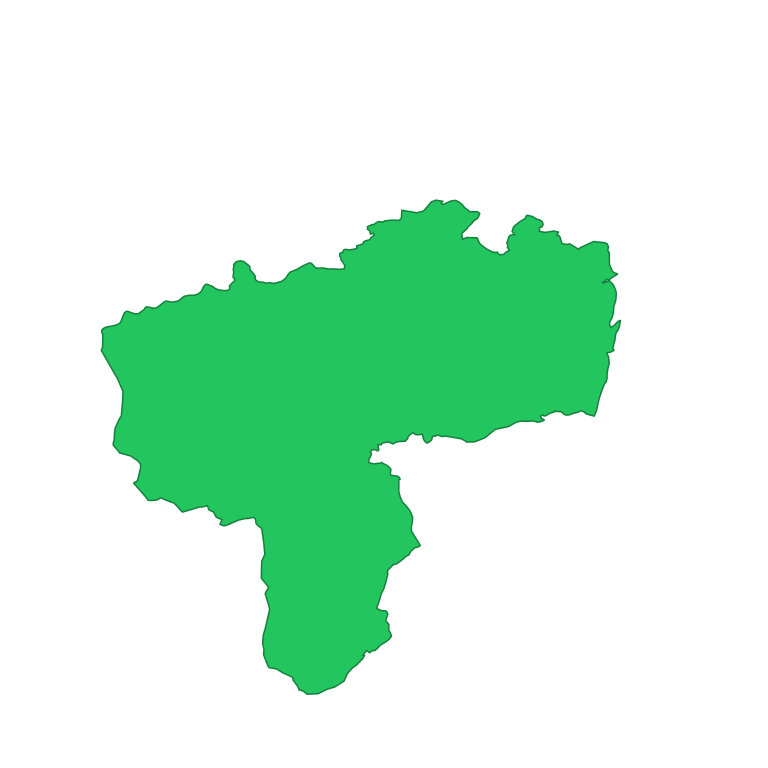 outline of Vadu Motilor, Alba, Romania, rotated 143°
{"feature_id": "2599482B54784080645152", "entity_name": "Vadu Motilor", "entity_type": "district", "adm_level": 2, "iso_a3": "ROU", "parent_name": "Romania", "parent_adm1": "Alba", "projection": "natural_earth1", "projection_center": [22.956, 46.413], "detail": "fine", "context": "isolated", "style": "filled", "palette": "green", "viewbox_px": 768, "rotation_deg": 143, "n_neighbors": 0, "source": "geoboundaries", "source_scale": "gbopen_adm2", "svg_char_len": 6159}
<svg xmlns="http://www.w3.org/2000/svg" viewBox="0 0 768 768"><g transform="rotate(143 384 384)"><path d="M589.5,581.1L593.3,552.1L593.3,549.8L597.0,535.0L603.0,527.7L613.0,516.6L615.6,515.7L625.4,510.5L628.7,507.1L633.0,501.9L635.8,499.8L637.1,497.8L636.5,490.3L636.7,488.2L629.4,478.7L628.1,474.1L627.3,472.6L626.6,468.5L626.8,466.7L627.8,464.7L629.4,463.1L638.1,455.9L639.7,455.1L641.0,455.1L642.2,455.7L643.6,455.4L642.3,437.6L642.3,432.8L637.9,429.6L634.4,427.8L631.5,427.6L630.4,426.9L628.1,422.5L623.4,415.2L622.9,412.2L622.3,404.2L621.9,402.9L605.1,396.7L603.7,395.4L598.3,393.1L599.5,388.5L597.2,384.5L598.1,379.0L597.6,377.3L595.0,373.3L599.4,370.6L597.5,367.4L595.9,366.4L593.0,365.4L582.2,362.9L576.1,360.2L573.8,358.6L568.6,356.0L568.1,355.2L568.2,353.1L570.2,349.3L569.5,344.9L568.8,343.3L568.9,341.7L576.1,328.7L581.8,319.6L588.4,316.0L598.8,302.8L598.5,291.0L604.0,288.7L605.2,287.8L609.1,277.1L610.5,273.8L611.5,272.4L625.1,260.9L631.7,255.9L637.1,249.9L639.3,244.7L643.0,240.4L643.9,237.6L646.4,228.5L646.5,226.7L641.4,221.2L638.6,214.2L633.7,205.2L633.7,204.2L634.8,202.4L634.9,194.5L635.9,190.5L635.2,190.5L633.2,186.9L632.1,182.5L622.8,176.2L613.5,174.6L605.9,171.7L594.6,170.8L587.6,174.7L581.5,176.0L578.1,176.3L575.0,176.1L566.1,177.5L563.1,178.9L564.1,180.0L558.3,181.6L557.4,178.2L553.7,178.0L551.7,176.7L548.8,176.7L544.4,177.6L536.4,176.9L532.9,177.1L529.8,178.1L528.6,181.4L528.3,184.5L524.7,189.2L525.2,193.6L523.6,195.2L519.7,197.6L518.9,199.5L519.0,201.6L522.3,204.4L524.5,208.2L524.6,209.5L516.8,214.7L512.6,218.0L507.0,220.8L500.8,225.4L495.4,229.9L493.6,232.9L485.4,234.1L482.0,232.7L473.7,232.7L470.5,233.2L466.9,232.6L463.1,234.3L460.7,234.3L458.7,234.9L454.0,233.1L452.2,233.2L450.6,249.8L448.3,253.3L444.4,256.7L441.3,260.4L439.6,267.0L439.6,273.0L440.3,278.7L438.9,284.4L437.0,289.1L429.8,298.5L428.4,298.3L428.1,300.0L428.3,301.8L433.4,307.0L433.4,307.6L432.3,309.3L430.3,311.0L429.7,312.4L430.5,317.1L432.6,321.1L432.8,322.5L434.5,322.9L438.4,325.4L440.0,326.0L443.4,330.3L442.3,332.1L436.1,335.6L435.8,337.7L434.8,338.2L432.8,338.6L430.2,336.3L429.7,334.8L428.9,334.2L427.7,334.7L425.6,339.2L422.7,337.1L421.7,337.7L420.5,337.7L415.4,335.1L412.9,330.8L411.7,330.4L410.2,330.5L406.9,329.2L401.5,325.5L397.8,326.2L397.1,327.1L393.1,328.0L389.9,327.5L389.9,325.9L388.8,324.1L386.7,322.5L383.5,320.7L385.4,316.8L385.8,315.2L385.9,313.2L385.5,311.4L384.5,310.6L381.1,310.5L379.2,310.9L377.7,312.3L375.6,312.9L374.5,311.4L371.9,311.1L369.6,307.3L367.3,306.1L365.0,304.1L355.5,294.0L353.5,290.1L353.2,288.2L346.6,283.3L335.8,280.3L322.4,280.8L310.2,275.1L301.4,273.9L296.8,271.8L291.4,267.4L288.7,266.0L286.4,263.9L284.7,261.4L282.2,259.9L278.5,258.7L277.7,258.9L278.8,261.8L278.4,263.7L277.9,264.1L275.9,263.7L275.3,262.0L273.7,261.3L268.8,260.7L265.3,259.3L263.7,259.6L262.7,258.2L259.4,255.3L258.9,254.4L258.5,251.6L257.9,250.4L256.7,249.1L253.9,247.5L250.9,246.8L245.8,244.6L243.0,244.3L241.1,241.5L240.4,238.2L235.5,231.9L230.9,234.4L221.0,242.8L215.1,246.9L207.7,251.5L205.2,252.0L202.7,254.0L199.9,257.6L195.8,261.7L191.6,265.0L188.3,270.7L187.6,273.8L186.8,274.9L184.5,273.3L180.5,272.4L179.9,272.8L179.9,274.6L177.0,277.2L174.0,279.3L168.4,284.9L164.4,286.3L161.7,288.0L157.0,292.4L158.2,293.0L160.1,293.0L164.8,292.3L168.7,292.6L168.2,295.5L167.6,296.3L165.7,298.1L162.9,299.1L158.2,302.5L153.9,307.5L148.7,311.2L144.7,315.6L143.1,318.0L141.4,323.7L141.2,327.1L141.9,329.2L141.6,331.0L147.8,332.4L148.2,333.6L146.3,332.7L144.9,333.6L142.3,333.1L142.1,331.6L139.1,331.9L132.3,331.2L131.4,331.5L133.2,334.5L133.8,336.4L131.9,343.9L125.2,353.1L124.8,356.3L122.1,358.5L121.5,361.8L122.8,364.1L130.8,371.6L144.9,374.7L148.0,374.9L148.3,376.6L151.4,384.3L152.8,384.6L153.9,385.4L157.4,389.0L155.0,395.3L155.1,397.3L156.3,398.9L153.3,400.3L156.3,404.0L163.2,407.6L165.0,409.0L168.0,412.5L165.6,415.3L163.2,414.4L160.9,415.7L159.9,418.2L161.0,421.6L162.8,423.6L164.5,428.2L166.7,431.1L168.6,432.8L172.0,431.2L177.2,431.9L185.2,431.7L186.8,431.0L189.9,428.7L189.9,424.6L191.8,426.0L193.7,426.8L195.8,426.5L199.0,423.8L201.0,422.9L201.6,420.3L203.1,419.1L203.5,415.2L207.4,416.0L209.5,415.5L210.8,415.7L213.8,417.6L214.4,419.4L214.2,421.2L216.5,422.4L218.3,424.8L220.7,429.9L222.3,435.1L223.0,438.9L221.6,444.7L229.6,451.1L234.2,452.4L231.5,457.3L224.3,458.1L221.8,459.1L219.6,459.1L213.0,460.3L210.3,459.9L208.2,460.5L204.9,462.6L205.7,465.4L211.6,469.7L213.5,476.5L213.5,479.9L214.5,484.0L216.1,487.1L217.4,488.4L220.8,490.0L228.9,491.8L229.6,493.6L227.2,494.6L231.9,499.6L236.7,501.0L247.4,498.5L249.7,498.8L254.8,501.1L265.2,512.0L269.9,506.5L271.4,505.6L273.8,505.8L278.7,509.9L285.1,513.8L287.8,514.2L290.2,516.7L292.7,517.5L296.0,517.4L297.3,518.4L302.4,519.6L304.2,517.4L303.5,516.2L303.3,514.7L304.6,511.8L302.0,510.9L301.8,509.1L302.5,508.8L306.5,508.7L308.2,508.0L309.2,508.0L312.3,509.4L315.0,509.8L315.6,508.9L316.9,508.6L322.8,510.8L323.4,509.3L324.8,508.8L330.8,511.8L334.0,514.9L335.1,515.3L336.4,514.9L337.2,514.0L339.7,514.8L341.0,514.7L342.5,512.4L342.5,510.6L343.7,509.0L343.5,506.4L344.1,502.2L346.3,499.9L350.0,501.9L355.8,506.9L358.7,508.8L362.6,513.1L368.2,517.2L368.8,518.5L369.3,524.1L370.7,525.6L377.7,527.2L384.7,528.0L391.6,529.8L394.2,529.4L398.8,527.6L403.9,527.6L411.2,530.4L414.6,534.0L417.6,535.5L418.7,537.5L422.9,541.2L423.9,544.7L423.5,545.7L422.0,547.5L421.8,552.6L422.3,554.8L421.5,557.2L420.7,557.9L420.5,559.2L422.0,565.1L422.7,566.8L424.6,568.9L428.0,570.5L429.8,570.5L432.4,569.7L433.2,568.1L435.5,566.3L436.0,565.0L437.1,563.4L440.1,560.4L440.4,559.5L440.0,557.6L441.4,556.3L445.4,556.0L448.6,555.2L449.4,553.3L451.2,552.5L452.9,553.0L455.9,555.2L459.0,558.3L460.9,560.9L462.7,566.0L465.2,570.1L466.8,570.9L469.8,570.3L472.8,568.5L474.9,567.8L478.3,567.8L481.6,568.8L486.3,572.2L491.1,574.4L498.2,574.1L503.7,576.6L508.1,581.4L510.0,581.8L518.5,581.7L520.2,581.9L521.7,582.6L527.2,588.6L528.7,588.6L531.3,587.8L538.1,588.0L541.0,590.3L545.2,596.6L546.7,597.2L548.9,596.9L556.9,592.0L559.4,591.5L564.3,593.0L571.4,596.6L574.4,597.2L576.6,597.0L578.1,595.5L578.9,592.8L580.1,591.0L586.3,583.2L588.5,581.5L589.5,581.1Z" fill="#22c55e" stroke="#15803d" stroke-width="1.5"/></g></svg>